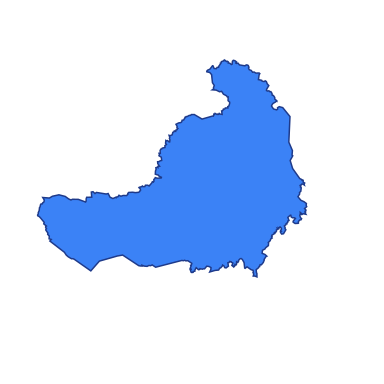 the district of Castlebar Lea-7, Mayo, Ireland, rotated 43°
{"feature_id": "5873133B79217415432935", "entity_name": "Castlebar Lea-7", "entity_type": "district", "adm_level": 2, "iso_a3": "IRL", "parent_name": "Ireland", "parent_adm1": "Mayo", "projection": "robinson", "projection_center": [-9.299, 53.81], "detail": "fine", "context": "isolated", "style": "filled", "palette": "blue", "viewbox_px": 384, "rotation_deg": 43, "n_neighbors": 0, "source": "geoboundaries", "source_scale": "gbopen_adm2", "svg_char_len": 6052}
<svg xmlns="http://www.w3.org/2000/svg" viewBox="0 0 384 384"><g transform="rotate(43 192 192)"><path d="M120.9,94.0L123.4,92.5L126.3,92.8L132.4,98.1L135.6,98.9L136.7,101.3L137.6,101.8L137.2,103.4L140.2,101.0L143.8,99.9L145.0,98.2L148.3,99.0L151.6,98.1L153.0,98.4L153.6,97.8L156.1,100.6L158.3,100.6L159.2,101.6L160.3,104.0L159.9,105.2L160.9,106.0L159.1,107.8L159.4,108.1L159.1,109.4L158.4,109.9L158.8,110.8L158.8,112.1L158.4,112.5L161.1,114.7L159.2,116.0L158.3,116.0L158.5,117.1L157.6,117.5L157.5,118.2L155.2,118.8L155.5,119.9L154.9,120.1L155.9,121.9L155.2,122.5L149.6,131.8L140.8,133.8L138.7,135.8L138.7,136.9L137.7,137.9L137.0,140.1L136.3,140.8L136.4,141.8L136.0,141.9L136.8,145.0L135.8,146.3L136.6,147.6L136.5,148.8L135.1,150.6L134.1,153.4L136.5,154.2L137.1,155.2L138.3,155.2L138.1,155.9L138.6,156.4L138.0,157.7L138.7,158.8L137.4,159.4L137.7,160.3L137.3,161.5L138.5,163.7L137.7,165.5L136.6,166.2L138.5,167.2L138.9,168.2L140.3,168.9L141.5,170.6L141.1,171.0L139.1,171.0L138.6,171.9L137.7,172.1L139.4,174.4L140.9,174.7L140.5,176.5L141.9,177.9L140.3,180.2L140.5,181.1L140.0,181.7L140.3,183.3L142.4,185.3L141.5,186.2L142.5,186.6L143.1,188.0L145.8,187.5L148.3,189.6L147.4,191.0L147.2,192.2L146.2,193.3L147.6,194.6L150.7,195.3L149.6,196.5L150.4,197.4L149.7,197.5L149.0,198.9L150.2,199.8L151.0,201.6L153.0,204.0L156.0,202.6L157.1,202.9L159.6,202.1L159.9,202.7L157.2,205.6L155.3,206.5L155.7,207.7L155.5,208.8L156.8,210.1L157.0,211.1L156.0,211.5L156.4,212.8L156.5,216.8L155.0,217.2L153.3,218.8L153.8,220.2L152.4,221.6L151.6,221.5L151.5,222.5L150.2,224.5L150.2,225.0L151.8,224.9L153.1,225.7L153.0,226.3L153.4,227.2L153.2,228.6L151.0,231.1L148.8,232.6L146.0,235.5L146.0,236.8L146.6,237.2L146.6,239.2L144.0,241.5L142.9,243.6L140.8,244.2L141.1,246.0L140.0,247.4L140.3,247.9L139.8,248.0L138.6,250.7L135.6,251.7L131.7,250.3L130.6,252.0L122.4,257.5L122.1,259.3L119.4,259.3L118.4,260.7L122.2,264.2L118.6,267.7L119.2,269.1L120.7,270.8L121.0,271.9L113.9,274.9L109.5,278.9L108.9,280.4L106.5,281.2L102.3,281.7L96.6,284.8L92.8,290.3L91.8,293.7L86.6,297.8L89.4,298.6L90.5,300.2L90.2,301.8L90.6,302.7L89.7,303.9L89.9,304.7L91.0,306.4L91.1,307.4L92.9,309.8L93.6,311.9L94.5,312.9L94.8,314.2L95.5,314.6L95.2,314.8L96.6,314.2L98.2,314.2L104.6,315.0L105.3,316.4L108.7,316.2L108.5,316.9L108.9,317.6L110.6,318.1L110.5,318.9L111.2,319.6L114.6,320.3L115.3,321.4L117.7,321.6L119.4,323.7L121.4,322.7L121.5,324.8L139.8,323.1L143.1,323.9L145.7,323.8L149.4,323.0L150.5,321.9L151.8,321.5L171.8,318.7L171.4,305.7L181.0,289.8L184.3,285.4L203.3,282.2L204.7,281.3L206.2,280.0L205.5,279.6L207.7,278.7L209.9,277.0L210.6,275.1L212.0,274.1L212.6,272.5L216.7,271.8L231.3,248.9L232.5,248.2L233.2,246.9L234.4,246.6L235.8,245.1L240.5,244.3L241.3,245.8L241.0,246.5L241.8,246.8L242.9,249.4L243.4,248.9L244.2,249.2L244.0,250.2L246.2,251.3L246.8,251.0L247.6,250.0L247.1,249.3L248.1,248.0L247.4,247.2L246.7,244.5L249.7,244.4L250.1,244.1L250.1,242.8L250.5,242.9L250.6,242.4L252.4,241.2L252.6,240.5L253.6,239.6L253.4,236.2L255.2,234.9L257.4,234.3L258.7,235.9L259.5,238.4L262.3,233.7L264.7,230.9L264.2,228.9L264.7,227.9L264.7,225.6L264.2,224.6L265.8,224.3L267.5,225.0L268.7,224.3L269.2,221.4L266.5,219.3L267.2,218.3L266.9,217.1L268.2,216.3L268.6,216.7L270.1,216.0L270.6,216.5L271.2,218.5L273.2,218.4L272.9,218.0L273.7,218.0L273.8,217.3L272.9,215.7L273.9,215.5L274.0,214.8L272.2,212.6L273.5,212.3L273.4,211.1L272.7,210.4L272.7,208.3L273.2,207.2L274.8,207.0L278.2,208.1L282.4,211.7L282.9,211.6L283.3,209.2L288.2,208.5L290.1,207.6L291.7,208.9L291.6,209.3L293.1,209.9L294.1,211.7L295.3,210.6L297.4,209.8L295.0,207.3L294.1,207.0L291.9,205.0L292.3,202.2L291.9,200.3L292.2,200.2L291.4,198.7L292.4,197.9L292.2,194.9L291.2,192.4L290.7,192.1L290.1,188.4L290.4,187.9L288.0,187.9L285.1,189.0L283.3,186.6L284.2,183.9L283.9,182.5L284.4,179.1L282.8,177.1L282.2,176.9L282.4,174.3L281.6,172.7L282.0,171.0L280.9,170.7L280.4,170.0L280.7,169.7L279.9,169.1L280.6,166.6L280.0,165.9L280.1,165.2L280.5,165.3L280.3,164.8L280.7,164.7L280.4,162.9L279.6,162.2L279.9,161.4L279.6,161.1L280.3,160.3L279.8,160.2L280.1,160.1L280.3,159.4L279.9,159.2L280.3,159.1L280.0,157.9L280.4,157.4L282.1,157.6L283.1,158.7L282.9,159.4L283.6,160.6L283.9,160.4L283.8,160.8L284.6,161.3L286.3,161.6L287.4,160.1L286.4,155.6L284.9,155.3L284.5,154.6L282.7,153.8L283.0,151.9L282.5,151.2L283.1,150.5L282.6,150.1L282.6,148.6L281.9,148.0L282.4,146.7L279.4,145.2L279.7,142.0L280.1,141.6L281.6,142.6L283.1,142.3L284.5,141.0L285.6,140.8L285.9,144.4L286.6,145.1L288.9,144.7L291.0,142.5L291.1,142.2L290.1,141.3L289.8,139.2L290.7,137.9L290.3,136.7L288.9,136.8L286.8,135.7L286.4,134.8L286.9,134.3L286.3,134.3L285.1,133.1L287.9,133.0L288.2,132.0L290.5,130.6L288.8,130.1L288.8,129.2L287.8,129.0L288.0,128.1L287.7,127.5L285.6,127.3L285.9,124.5L284.6,123.9L283.5,122.4L280.5,122.7L277.3,123.8L272.7,123.2L272.1,120.0L271.0,119.1L271.1,117.3L269.0,114.4L267.8,114.4L267.6,113.5L266.6,113.4L267.1,111.9L266.9,111.3L267.6,110.6L269.4,110.3L268.7,109.9L268.3,108.6L266.6,109.0L265.3,107.6L264.4,107.9L265.1,108.5L263.5,108.1L261.7,108.7L249.6,106.2L242.3,102.0L241.0,96.8L240.0,96.8L237.2,93.2L228.8,89.5L212.2,70.0L200.8,68.4L197.6,70.1L197.1,72.0L198.1,73.0L197.9,74.2L195.0,75.7L191.5,74.9L190.9,73.1L190.9,71.8L191.7,69.2L191.7,67.8L192.1,67.7L191.8,67.4L189.2,67.6L188.0,66.4L185.7,65.9L184.7,66.5L183.2,65.3L181.2,64.8L180.4,65.6L179.3,65.5L178.3,66.7L177.3,67.0L176.5,65.9L175.6,61.8L173.3,61.6L171.0,60.5L169.7,60.8L169.8,61.5L168.7,62.6L166.8,63.2L166.6,62.9L163.9,64.5L161.1,60.4L160.9,59.2L159.9,59.2L157.6,61.5L155.6,61.9L154.6,63.1L152.4,62.7L150.5,63.5L148.7,62.8L148.6,61.9L146.8,61.1L145.4,61.6L144.7,62.9L144.7,63.6L140.0,66.7L137.7,66.4L136.8,67.7L136.0,67.8L135.8,66.5L133.8,66.7L132.4,67.5L132.4,68.8L134.2,71.2L133.8,72.0L132.1,72.0L130.5,72.9L130.3,72.3L129.6,72.1L128.5,72.4L128.2,73.1L126.0,73.2L126.2,73.7L125.5,74.0L125.6,74.7L124.6,76.6L125.2,77.6L124.9,78.4L125.4,78.6L125.8,81.7L126.4,82.7L125.4,83.7L125.6,85.3L123.9,86.6L121.4,85.4L120.9,85.7L121.3,90.0L120.3,92.3L120.4,93.6L120.9,94.0Z" fill="#3b82f6" stroke="#1e3a8a" stroke-width="1.5"/></g></svg>